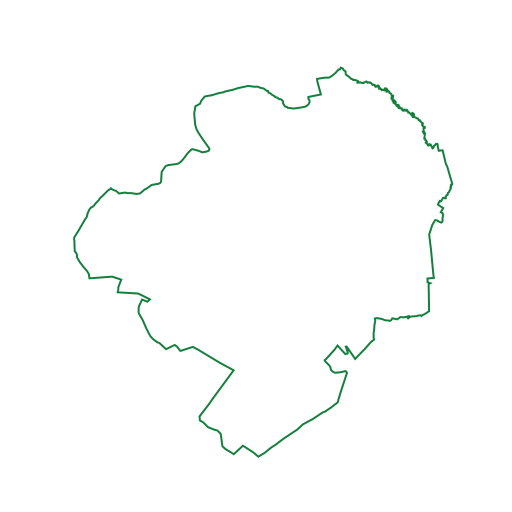 the district of Horodniceni, Suceava, Romania, rotated 9°
{"feature_id": "2599482B51819489942135", "entity_name": "Horodniceni", "entity_type": "district", "adm_level": 2, "iso_a3": "ROU", "parent_name": "Romania", "parent_adm1": "Suceava", "projection": "albers", "projection_center": [26.192, 47.518], "detail": "fine", "context": "isolated", "style": "outline", "palette": "green", "viewbox_px": 512, "rotation_deg": 9, "n_neighbors": 0, "source": "geoboundaries", "source_scale": "gbopen_adm2", "svg_char_len": 5934}
<svg xmlns="http://www.w3.org/2000/svg" viewBox="0 0 512 512"><g transform="rotate(9 256 256)"><path d="M337.9,407.9L346.5,399.9L348.1,399.2L353.0,394.7L359.5,387.9L359.9,386.1L359.8,385.3L361.2,375.5L364.1,357.6L363.9,356.9L362.6,355.7L362.3,355.7L358.5,357.3L353.2,358.8L351.3,358.8L348.4,357.3L347.7,356.4L346.7,353.9L345.6,352.7L340.9,349.3L340.1,348.2L341.8,346.1L348.2,336.3L350.5,331.7L359.6,338.9L361.7,338.0L361.8,337.3L360.3,334.0L358.9,331.5L359.7,331.3L370.1,342.2L371.9,339.4L378.3,330.4L382.5,323.6L385.8,320.0L385.0,318.4L384.2,313.7L384.2,309.8L383.8,306.2L383.9,301.1L383.2,299.1L385.6,298.3L386.9,298.5L389.4,298.4L394.1,299.3L396.4,299.0L397.9,299.2L399.3,298.6L399.7,298.0L400.3,296.4L400.6,296.2L405.2,296.5L406.8,295.2L407.8,294.0L408.3,293.8L411.8,293.4L415.9,291.7L415.6,293.2L415.7,293.7L416.0,293.8L417.8,291.9L418.5,291.6L423.3,290.4L427.3,288.9L428.0,288.8L428.8,289.4L429.7,288.3L431.3,287.3L435.6,283.5L430.9,256.7L432.4,255.6L429.5,254.9L428.9,251.4L435.1,249.8L434.0,246.3L428.0,222.9L423.7,207.8L425.2,197.9L427.3,192.6L429.2,192.5L431.5,193.5L433.6,194.0L434.4,193.4L434.8,192.0L434.4,190.4L434.3,186.2L433.6,184.5L431.7,183.9L433.4,179.4L428.2,177.1L427.7,176.7L427.8,176.2L427.9,175.4L428.5,174.3L428.4,173.9L429.0,173.3L429.0,172.9L430.0,173.1L430.3,172.8L431.2,170.4L431.8,169.3L432.4,169.0L433.5,169.5L434.4,169.3L434.2,167.9L434.6,166.2L435.5,165.8L435.7,165.0L435.6,163.8L436.4,163.0L436.9,161.8L437.1,160.7L437.6,159.9L437.8,159.0L437.4,158.4L437.7,158.1L437.8,157.4L437.4,156.8L437.8,156.3L437.5,155.1L438.3,154.9L438.5,154.5L438.5,153.9L430.8,137.6L429.2,135.5L423.8,122.5L423.4,122.4L420.1,123.5L418.9,120.7L417.7,117.0L417.3,116.8L416.3,117.1L415.4,118.6L414.5,119.4L414.4,119.7L414.5,120.4L413.6,122.1L413.2,121.9L412.8,120.6L411.9,120.1L411.2,118.7L410.0,118.4L409.3,118.6L409.2,119.0L409.7,119.5L409.4,119.8L408.5,119.9L407.8,118.7L405.9,117.5L406.1,117.0L406.9,116.5L406.5,116.0L405.6,115.1L405.1,115.0L404.7,113.9L403.8,113.7L403.9,112.2L403.7,110.0L403.8,108.3L403.4,108.1L402.6,108.6L401.4,107.1L402.3,106.5L401.9,106.0L401.5,103.5L402.6,103.2L402.5,102.1L401.1,101.8L400.0,101.2L399.6,100.8L399.6,99.8L400.2,99.3L400.0,98.8L399.4,98.8L397.9,97.4L397.0,97.3L396.4,96.2L395.3,96.3L394.5,94.9L394.1,94.8L393.4,94.9L391.7,94.1L389.1,94.2L388.4,93.2L389.8,92.5L390.1,92.2L390.0,91.7L389.5,90.9L388.2,90.2L387.8,90.6L388.1,92.0L388.0,92.3L387.5,92.4L385.1,90.5L384.0,90.6L383.7,89.5L382.8,89.4L382.5,88.3L381.5,88.0L381.2,88.9L380.7,89.0L379.9,88.5L379.6,89.2L378.5,89.5L378.2,89.3L378.4,88.4L377.1,88.5L377.1,87.8L376.9,87.4L375.6,87.4L375.3,86.8L374.9,86.7L374.4,87.6L373.8,87.6L373.4,87.1L373.6,85.6L373.4,84.8L373.2,84.7L373.0,85.7L372.6,86.0L371.6,85.8L371.5,84.7L370.2,84.6L370.0,84.2L370.1,82.6L369.9,82.2L369.6,82.4L369.5,83.1L369.2,83.4L368.5,83.5L367.8,83.1L367.8,82.8L369.1,81.7L369.2,81.4L367.8,80.7L367.7,81.0L367.9,81.5L366.8,81.5L366.8,80.9L367.1,80.4L366.2,80.3L365.1,79.3L365.1,78.8L366.4,78.6L366.4,78.2L365.6,77.7L366.4,77.1L366.4,76.3L365.9,76.1L365.2,76.7L363.9,74.5L362.2,74.0L361.9,72.9L360.8,72.2L360.4,72.3L360.0,73.1L359.3,73.3L359.2,72.8L359.7,71.6L359.6,71.1L358.9,70.4L358.2,70.1L357.1,70.3L356.9,71.1L357.6,71.8L357.4,72.3L356.7,72.4L355.0,71.9L354.2,72.5L353.7,71.7L353.0,71.6L352.5,71.0L352.3,70.9L351.5,71.6L351.3,71.3L351.3,69.8L350.2,68.5L349.5,68.7L349.4,69.7L348.9,69.9L347.6,69.2L347.3,69.9L346.0,68.5L345.2,68.4L344.7,68.8L344.3,68.8L343.6,67.9L341.8,66.8L341.1,67.2L340.5,66.8L340.0,66.8L338.9,67.4L338.0,66.4L337.6,66.4L335.8,67.5L335.1,68.3L333.3,68.5L331.4,68.1L330.6,68.7L329.0,68.9L329.0,68.6L329.4,67.4L329.2,67.1L326.1,66.7L324.5,67.0L323.7,66.2L322.4,66.2L318.6,63.7L317.0,63.2L316.0,61.9L315.8,60.4L315.3,59.4L313.6,58.8L312.7,57.5L312.0,57.1L310.2,56.8L309.9,58.4L308.2,59.0L308.2,59.6L307.4,60.3L306.3,62.1L305.0,63.9L301.0,67.9L300.1,68.4L296.0,69.1L288.6,71.5L289.2,73.8L294.8,86.3L282.9,90.7L283.2,92.6L284.5,94.0L284.7,94.6L284.8,95.9L284.5,97.0L283.8,98.4L282.6,99.8L281.0,100.9L278.1,102.0L270.5,104.4L264.2,104.7L263.5,104.1L261.2,103.7L258.9,101.1L258.5,99.0L256.6,97.5L255.4,97.3L254.3,97.5L252.5,96.3L250.3,96.1L249.1,95.2L246.2,94.1L244.5,93.0L242.7,92.7L242.1,91.2L240.5,91.1L237.6,89.4L234.1,89.2L231.1,88.5L227.9,89.1L221.8,89.2L212.2,92.9L207.0,95.5L199.6,98.4L198.1,99.4L193.4,101.1L187.5,104.0L186.9,104.0L186.4,104.6L185.0,104.8L180.4,106.5L177.7,111.1L176.9,114.4L172.7,117.6L172.7,125.2L175.4,135.8L177.4,140.1L179.6,143.0L184.8,148.7L192.4,156.4L193.3,157.8L192.9,159.4L190.4,160.8L186.8,162.0L182.9,161.1L176.6,160.4L175.5,160.9L172.5,165.1L168.8,172.0L167.5,174.0L165.0,176.8L162.5,177.8L155.2,179.9L153.0,181.1L152.3,182.1L149.8,187.3L149.7,188.0L150.6,197.4L150.3,198.3L149.7,199.1L148.2,200.0L141.9,202.1L137.5,206.4L135.9,207.5L131.6,212.4L128.3,213.4L123.3,213.4L118.7,214.1L116.8,213.8L111.0,215.7L107.6,213.6L105.0,213.2L103.1,212.5L102.1,211.8L101.5,212.7L99.6,214.3L98.0,216.6L96.3,218.8L96.0,219.5L92.6,223.6L92.4,224.7L89.4,229.1L88.0,231.6L86.8,233.1L85.5,233.9L84.3,235.8L82.9,240.6L83.0,241.4L82.7,244.0L81.3,246.8L77.0,258.1L73.5,266.3L73.8,268.1L74.5,270.3L74.6,271.6L76.3,279.8L77.5,280.7L78.6,282.2L79.2,283.4L79.2,284.7L79.8,285.8L82.8,289.5L87.1,293.6L90.9,296.8L93.6,299.7L95.0,304.1L117.1,298.9L126.6,300.4L124.9,308.4L125.2,310.2L125.1,313.5L145.5,311.5L158.0,315.4L155.9,318.1L150.3,316.9L148.3,323.8L148.2,325.3L148.7,329.0L149.2,331.0L153.9,336.7L158.7,344.2L162.4,349.4L164.6,352.1L167.7,354.4L171.8,356.6L174.3,357.1L181.7,362.1L189.6,356.6L192.1,357.8L196.0,361.5L196.4,361.5L207.7,355.7L213.2,357.5L236.4,366.9L251.8,372.4L236.0,402.9L232.6,409.9L225.3,423.3L226.3,427.1L226.5,427.3L229.8,428.5L235.3,432.5L241.4,434.0L245.2,434.4L248.3,436.7L249.2,437.7L252.4,448.7L252.8,449.3L255.9,451.4L265.1,455.2L272.8,445.4L284.4,450.6L289.7,453.8L295.2,449.2L301.0,442.8L304.6,439.6L311.8,432.1L324.2,420.7L328.6,415.0L337.9,407.9Z" fill="none" stroke="#15803d" stroke-width="2"/></g></svg>